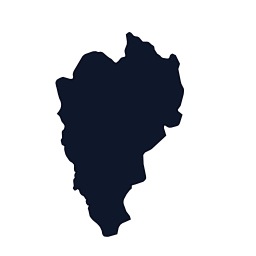 an SVG outline of Ouest, rotated 149°
{"feature_id": "CMR-798", "entity_name": "Ouest", "entity_type": "Province", "adm_level": 1, "iso_a3": "CMR", "parent_name": "Cameroon", "parent_adm1": "", "projection": "robinson", "projection_center": [10.725, 5.593], "detail": "fine", "context": "isolated", "style": "filled", "palette": "ink", "viewbox_px": 256, "rotation_deg": 149, "n_neighbors": 0, "source": "natural_earth", "source_scale": "10m", "svg_char_len": 2937}
<svg xmlns="http://www.w3.org/2000/svg" viewBox="0 0 256 256"><g transform="rotate(149 128 128)"><path d="M181.8,50.0L183.1,49.9L184.6,49.7L186.6,48.7L188.0,47.8L192.1,43.3L200.6,45.6L202.1,46.5L203.7,47.8L204.0,49.0L203.9,50.3L202.8,53.1L202.6,54.5L202.3,57.2L202.5,59.3L203.1,62.1L204.9,67.2L205.4,70.0L205.5,72.1L203.8,77.0L203.2,79.4L201.5,80.8L200.5,82.1L201.8,82.9L202.0,84.7L201.3,86.7L199.8,87.8L200.3,89.1L200.3,91.4L200.5,92.8L200.9,93.5L201.4,94.1L201.8,95.0L202.0,96.6L201.8,98.1L201.4,99.3L201.4,100.5L202.0,102.0L203.0,102.4L204.2,102.2L205.3,102.3L205.7,104.1L205.3,104.8L203.8,105.6L201.8,110.1L201.2,111.1L200.5,111.6L199.5,111.9L198.7,112.2L197.9,114.5L197.0,115.5L194.6,117.0L195.5,118.6L194.7,120.5L193.3,122.6L192.4,124.5L192.8,125.8L192.8,126.6L193.0,127.2L194.1,129.3L194.3,129.8L194.5,131.2L194.7,135.5L194.5,137.6L193.5,141.0L193.1,142.0L192.7,142.8L192.3,143.2L191.0,145.4L192.5,147.6L192.5,148.2L192.3,149.0L192.0,149.8L191.6,151.1L191.3,151.7L190.9,152.1L189.4,152.7L189.1,152.8L186.4,157.9L185.8,158.6L185.4,158.8L184.8,159.0L184.1,159.0L183.4,159.3L182.5,159.9L181.2,161.2L180.7,162.1L180.4,163.1L180.4,164.6L180.8,167.3L180.8,168.0L180.1,171.5L180.0,172.5L180.0,173.9L180.3,174.9L180.8,176.4L178.6,177.2L175.7,178.7L173.9,180.3L172.4,182.5L171.7,184.3L171.3,185.8L171.0,188.6L169.9,192.8L167.7,199.5L167.5,200.5L166.3,203.7L165.2,204.7L164.0,205.3L161.4,205.3L159.1,205.0L157.7,204.6L153.1,199.6L151.9,198.7L150.3,198.1L149.3,198.4L148.4,199.3L148.1,199.7L147.9,200.0L147.8,200.4L147.5,201.2L146.9,202.3L145.8,203.4L144.8,204.2L130.0,212.2L128.3,212.6L126.8,212.7L118.9,211.1L116.9,210.1L115.9,209.2L115.0,207.9L112.5,206.8L111.3,205.4L109.4,199.7L108.5,197.5L107.3,195.4L106.4,191.2L105.0,189.2L102.1,189.6L100.9,189.9L98.6,190.8L97.4,191.0L96.3,190.7L95.1,190.3L93.9,190.0L92.8,190.3L91.8,192.3L91.3,193.9L90.6,195.6L89.1,197.0L85.1,200.1L84.6,201.1L83.8,202.2L81.1,208.7L80.1,208.8L79.7,208.9L79.0,209.0L78.7,209.0L78.3,209.0L77.7,208.9L76.9,207.6L76.2,203.7L74.7,202.0L74.2,201.7L73.3,200.9L72.8,200.1L72.6,199.9L72.3,198.5L71.8,195.4L71.6,194.4L71.1,193.7L67.1,191.2L66.6,190.5L66.2,189.4L65.5,187.1L64.7,185.5L64.5,184.9L64.4,184.4L65.5,181.6L65.4,176.6L63.9,173.4L63.6,171.5L63.2,170.6L62.5,169.5L59.0,166.7L57.5,166.0L56.4,166.2L55.3,167.0L54.3,167.9L53.2,168.3L52.0,168.2L50.3,165.6L51.1,156.6L55.1,153.1L59.6,140.6L60.2,138.5L60.6,133.1L61.6,131.2L63.4,128.8L71.8,120.6L76.5,118.6L76.9,117.2L77.0,116.3L75.2,111.6L81.8,105.8L82.7,105.3L83.8,105.0L85.4,105.3L90.6,106.8L91.7,107.4L92.7,108.3L93.4,109.6L93.9,110.8L94.7,111.9L95.8,112.2L97.0,111.1L97.9,109.8L99.7,102.4L118.5,98.5L120.4,98.5L126.1,99.0L128.5,98.0L129.5,97.4L133.9,89.3L138.0,77.8L138.6,76.6L139.2,75.7L140.9,75.1L142.4,74.8L150.0,76.4L154.6,77.7L156.4,74.9L158.8,74.5L163.6,72.6L168.6,69.6L169.8,68.4L170.8,67.0L171.6,65.2L173.1,57.4L172.5,51.7L173.2,48.9L181.8,50.0Z" fill="#0f172a" stroke="#020617" stroke-width="1.5"/></g></svg>